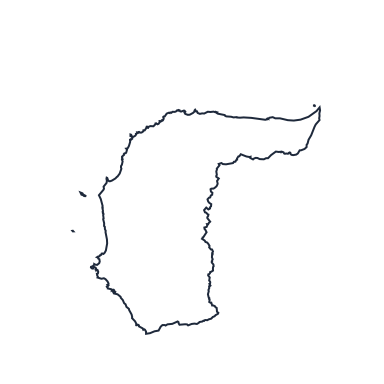 Sao Joao Baptista, Boa Vista, Cabo Verde, rotated 215°
{"feature_id": "66160863B76154481217824", "entity_name": "Sao Joao Baptista", "entity_type": "district", "adm_level": 2, "iso_a3": "CPV", "parent_name": "Cabo Verde", "parent_adm1": "Boa Vista", "projection": "orthographic", "projection_center": [-22.721, 16.095], "detail": "fine", "context": "isolated", "style": "outline", "palette": "slate", "viewbox_px": 384, "rotation_deg": 215, "n_neighbors": 0, "source": "geoboundaries", "source_scale": "gbopen_adm2", "svg_char_len": 6032}
<svg xmlns="http://www.w3.org/2000/svg" viewBox="0 0 384 384"><g transform="rotate(215 192 192)"><path d="M136.0,334.5L136.4,329.7L139.7,320.4L144.6,313.5L149.6,308.9L154.7,305.8L162.2,302.8L166.1,300.1L168.8,299.6L171.2,297.2L171.4,296.1L171.7,295.9L171.4,295.6L171.8,295.5L172.0,294.9L172.5,295.1L172.8,293.8L173.4,293.2L186.0,286.7L192.5,282.7L195.3,280.4L197.9,278.8L198.3,279.0L200.8,276.9L203.1,276.1L207.3,273.6L208.6,273.4L209.3,273.8L215.7,271.0L217.0,270.9L217.5,271.3L217.4,271.6L218.7,271.2L218.7,270.7L220.4,270.2L222.8,268.1L225.1,266.8L227.0,263.3L228.8,262.2L230.4,260.5L232.7,260.0L234.1,260.9L234.7,260.4L236.6,261.2L236.7,260.3L236.1,259.4L236.5,257.4L238.2,254.0L239.7,252.8L242.3,252.1L243.8,252.8L243.5,253.9L244.7,254.3L245.3,254.1L247.1,251.6L248.0,251.3L248.8,251.6L249.2,251.3L249.3,251.7L250.0,251.5L250.1,250.7L251.0,250.5L251.2,249.1L252.0,247.8L254.0,246.5L254.3,245.1L255.0,245.0L255.6,244.4L255.5,243.9L256.5,243.6L257.7,241.7L257.7,238.2L258.5,237.6L258.6,236.9L257.2,235.8L257.0,234.6L257.6,233.9L257.1,233.6L258.0,231.8L258.9,231.9L259.3,231.5L258.5,230.7L258.5,228.7L259.1,227.7L260.8,227.7L261.2,227.2L260.8,226.8L261.3,223.7L263.9,222.1L265.1,220.2L264.8,219.3L265.2,219.1L266.2,219.8L266.6,219.5L266.1,217.6L266.1,215.4L267.2,214.7L266.7,213.7L267.4,211.8L268.5,210.9L269.8,210.9L270.1,210.6L269.9,210.1L271.1,209.4L270.4,208.9L271.3,207.5L270.8,206.9L270.7,205.7L271.7,203.5L272.5,202.8L274.7,204.0L275.4,203.8L274.5,202.5L272.9,202.9L271.5,201.4L271.9,199.9L272.5,200.0L272.8,199.3L271.4,197.6L270.1,193.6L269.8,191.4L269.9,190.7L270.8,189.8L269.5,189.4L268.5,186.5L268.6,185.7L269.5,184.9L269.6,184.0L269.0,183.4L269.6,180.9L269.3,180.3L268.5,179.9L268.4,179.2L267.7,179.0L267.9,178.3L266.4,177.3L265.1,174.2L265.0,172.5L264.1,171.2L263.2,170.6L261.8,165.6L261.9,161.8L262.2,161.4L262.5,159.2L264.1,155.5L265.1,154.0L266.0,153.3L267.4,153.4L269.5,154.9L270.1,154.8L269.6,153.7L268.1,152.3L267.2,150.4L267.5,145.7L266.0,144.2L265.8,143.0L266.4,136.0L262.7,133.9L257.1,129.2L256.8,128.2L256.0,127.8L256.1,127.4L253.9,125.3L253.8,124.4L252.9,124.0L252.7,123.4L251.8,123.2L251.6,122.2L249.2,119.6L249.2,119.0L249.6,119.3L249.3,118.9L246.1,116.1L244.5,113.7L243.5,113.5L242.0,111.6L240.4,110.7L239.9,109.6L234.5,104.4L232.0,101.2L229.0,94.7L228.7,92.1L229.0,90.5L230.2,90.2L230.7,89.7L230.3,88.5L231.1,87.4L230.9,86.2L231.9,85.3L232.4,84.1L231.4,84.3L230.6,83.7L229.3,83.8L227.7,82.1L227.2,80.5L227.9,77.9L229.6,77.0L230.7,76.9L230.4,76.5L230.7,74.3L231.8,72.8L231.5,72.2L230.2,72.0L229.2,72.4L228.9,74.5L227.5,74.7L226.1,73.9L226.5,73.0L226.4,72.3L226.1,73.3L225.6,72.9L225.5,73.6L224.6,73.9L223.0,72.8L222.4,71.4L222.4,70.7L222.9,70.4L221.7,69.2L220.2,68.4L220.2,67.8L216.4,69.0L214.7,70.8L212.9,71.0L209.9,70.3L207.9,69.2L207.5,68.5L208.0,67.6L207.3,67.5L207.4,66.4L206.9,66.7L207.0,65.4L205.8,65.1L205.6,64.7L202.5,66.0L201.6,65.8L201.3,65.3L200.8,66.6L200.1,67.0L199.3,66.8L199.2,66.1L198.3,66.1L198.6,65.7L198.2,65.6L199.1,64.8L197.8,64.1L194.3,65.5L190.4,65.2L189.7,64.5L186.7,63.8L183.8,62.0L182.0,61.9L179.8,60.3L176.7,60.1L175.7,59.2L171.2,57.0L169.3,55.3L168.8,54.3L164.4,53.4L162.2,52.2L161.3,50.9L160.7,51.2L160.5,52.1L159.7,52.4L159.0,52.3L158.3,51.5L154.2,52.0L152.9,51.2L152.5,52.1L151.6,52.2L149.6,51.3L148.3,49.5L145.4,52.3L142.8,56.4L139.9,59.3L140.4,63.7L139.9,66.0L138.0,67.4L137.0,67.5L136.2,69.5L132.5,72.7L129.5,77.7L128.5,77.7L127.5,76.7L126.1,76.1L121.8,79.7L120.1,80.7L118.7,80.5L116.6,83.7L114.5,85.6L112.3,86.7L111.4,88.7L111.3,89.8L109.2,91.9L108.9,93.0L108.2,93.3L108.2,94.0L107.6,94.8L105.9,95.8L105.3,97.2L103.6,99.3L103.3,101.5L102.2,103.2L102.1,104.6L100.9,107.0L101.1,108.1L102.9,108.3L105.3,111.2L106.7,111.1L107.8,111.6L109.7,111.2L110.4,110.6L112.7,112.4L113.2,111.9L114.8,111.8L115.7,113.8L116.8,114.2L116.9,115.0L118.0,115.3L120.3,117.4L121.4,120.4L122.3,121.1L122.8,123.3L123.7,124.2L123.9,125.0L123.4,125.2L123.2,125.9L125.0,126.7L124.7,127.2L125.0,128.1L125.7,128.9L127.1,129.3L128.5,132.2L130.9,132.9L131.4,133.9L130.8,134.6L130.7,135.8L131.2,137.0L130.6,137.5L129.7,139.7L130.7,140.9L131.7,142.6L131.7,143.6L132.9,144.9L135.4,145.6L136.0,146.5L135.8,146.9L136.4,147.8L136.5,148.8L138.2,149.9L139.6,152.2L139.3,152.6L139.9,153.6L140.5,153.6L140.7,155.3L142.6,156.4L143.6,155.8L146.2,156.5L146.7,157.9L149.2,159.0L150.8,159.3L152.3,158.8L153.7,159.5L156.9,159.4L156.8,160.2L157.2,160.8L156.8,161.5L157.0,167.4L159.4,168.7L160.5,168.9L161.5,170.0L160.0,171.8L160.4,173.7L161.3,174.3L160.3,175.0L160.5,176.2L160.1,178.1L164.4,179.4L165.0,180.1L165.0,181.6L165.6,182.9L166.4,182.7L168.4,183.2L169.7,182.8L171.7,184.1L171.4,187.4L168.6,187.1L168.0,188.2L167.8,188.8L168.3,189.2L168.4,190.5L168.2,191.2L169.3,193.1L171.5,193.0L173.3,193.5L175.1,194.9L174.8,197.1L174.0,198.0L174.6,199.9L173.9,201.3L174.9,203.1L176.7,203.2L178.4,204.9L178.1,205.8L176.3,207.2L175.8,208.4L175.2,210.7L175.5,212.8L175.8,213.6L177.8,215.4L177.8,218.4L180.8,218.4L181.3,218.9L181.5,220.3L183.9,222.8L184.5,224.8L185.1,225.4L184.8,229.6L186.2,230.3L184.5,232.6L182.7,232.6L180.0,234.2L175.0,239.2L175.0,240.8L174.1,241.4L173.8,242.0L174.2,243.0L173.6,244.4L174.3,245.1L174.4,247.1L174.4,247.8L173.7,248.4L173.7,250.9L167.8,252.3L165.0,253.6L164.3,254.4L163.8,253.3L160.7,253.7L160.4,255.0L159.4,256.5L157.9,257.4L155.4,257.8L151.9,260.0L150.7,262.2L149.1,263.3L148.4,267.6L146.5,273.2L143.8,274.6L142.6,275.7L141.9,275.6L141.7,276.5L139.8,277.0L138.6,276.4L137.8,276.6L137.0,277.5L135.3,278.4L135.1,279.7L134.6,280.5L133.9,280.5L133.2,279.7L131.9,279.5L130.3,280.2L128.1,282.4L127.4,284.3L127.7,287.9L126.6,288.7L124.5,291.8L123.9,294.5L125.2,296.5L125.1,297.9L126.5,301.7L126.9,306.8L129.0,315.6L129.4,318.3L128.8,324.1L130.1,325.3L131.1,327.4L132.8,329.5L133.9,332.3L136.0,334.5ZM283.1,127.6L281.0,126.4L279.5,126.9L278.0,126.8L276.3,127.9L279.7,127.5L281.0,128.1L283.1,127.6ZM141.6,332.6L140.7,333.0L140.9,333.7L141.0,333.1L141.4,333.3L141.8,332.9L141.6,332.6ZM267.7,91.6L267.0,91.4L266.6,91.7L267.4,91.9L267.7,91.6Z" fill="none" stroke="#1e293b" stroke-width="2"/></g></svg>